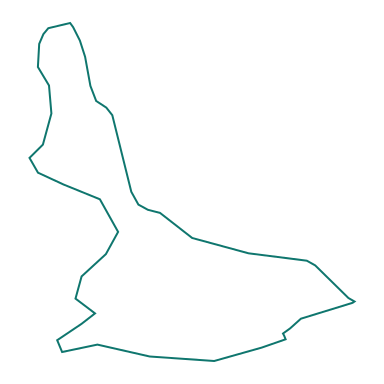 the Municipality of Engures
{"feature_id": "LVA-5759", "entity_name": "Engures", "entity_type": "Municipality", "adm_level": 1, "iso_a3": "LVA", "parent_name": "Latvia", "parent_adm1": "", "projection": "equal_earth", "projection_center": [23.268, 57.115], "detail": "fine", "context": "isolated", "style": "outline", "palette": "teal", "viewbox_px": 384, "rotation_deg": 0, "n_neighbors": 0, "source": "natural_earth", "source_scale": "10m", "svg_char_len": 667}
<svg xmlns="http://www.w3.org/2000/svg" viewBox="0 0 384 384"><path d="M70.1,23.0L73.1,27.1L79.9,40.6L85.1,56.8L90.4,85.9L96.2,101.0L106.3,107.6L112.3,115.2L131.3,191.8L138.4,204.6L147.9,209.8L160.0,212.9L192.2,238.0L248.5,253.3L306.8,260.7L315.2,265.4L348.4,298.0L354.5,301.5L352.6,302.8L300.9,318.7L290.1,328.4L283.0,333.5L284.2,335.8L285.6,339.3L261.7,347.6L214.2,361.0L149.7,356.5L97.4,344.6L62.1,352.0L57.2,340.2L81.6,323.8L95.0,313.4L75.5,298.6L81.6,276.4L105.9,254.1L118.1,231.9L99.9,199.3L63.5,184.5L38.0,172.7L29.5,157.9L42.9,144.6L51.4,113.5L49.0,85.5L37.9,67.0L39.2,43.9L43.4,34.1L48.3,28.2L70.1,23.0Z" fill="none" stroke="#0f766e" stroke-width="2"/></svg>